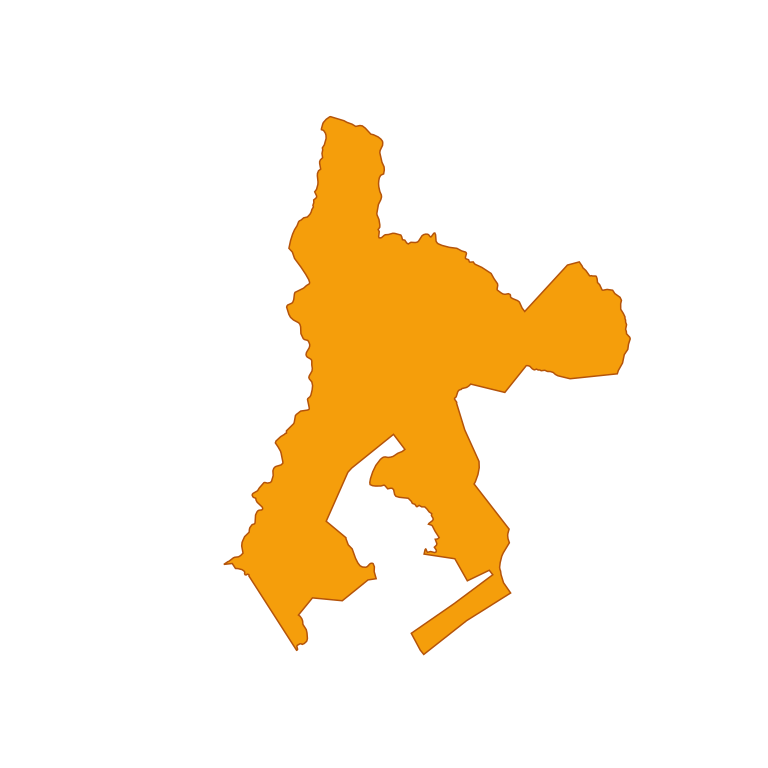 outline of Guarita, Lempira, Honduras, rotated 51°
{"feature_id": "27666195B2541592461056", "entity_name": "Guarita", "entity_type": "district", "adm_level": 2, "iso_a3": "HND", "parent_name": "Honduras", "parent_adm1": "Lempira", "projection": "mercator", "projection_center": [-88.84, 14.202], "detail": "fine", "context": "isolated", "style": "filled", "palette": "amber", "viewbox_px": 768, "rotation_deg": 51, "n_neighbors": 0, "source": "geoboundaries", "source_scale": "gbopen_adm2", "svg_char_len": 6170}
<svg xmlns="http://www.w3.org/2000/svg" viewBox="0 0 768 768"><g transform="rotate(51 384 384)"><path d="M218.7,372.5L223.8,372.2L230.1,374.5L241.2,375.0L249.4,375.8L255.5,376.8L258.1,377.8L258.8,378.4L259.1,379.2L258.7,382.3L258.9,386.2L256.8,395.5L257.6,396.9L261.5,400.9L262.9,403.1L263.2,404.7L262.0,409.2L262.3,410.3L263.0,411.3L270.0,414.1L273.4,414.7L277.2,414.1L282.7,411.8L284.7,411.8L287.1,412.8L292.6,416.9L297.9,418.2L299.3,417.9L302.2,415.8L304.4,416.1L306.4,416.8L307.7,417.8L308.8,419.4L310.7,424.4L312.0,426.0L313.2,426.6L314.7,426.7L318.5,425.3L319.6,425.2L320.9,425.8L323.7,428.1L326.8,429.9L328.6,431.8L330.6,436.9L331.5,438.2L332.9,438.8L337.0,438.8L340.3,440.5L343.4,443.6L346.6,447.8L347.3,449.4L347.4,452.4L347.9,453.2L355.1,456.9L356.3,457.7L356.5,458.5L356.1,459.9L352.6,465.8L352.5,471.2L352.8,472.7L357.4,478.0L358.0,479.3L359.0,489.3L360.8,490.7L360.3,491.9L360.5,492.9L359.9,497.4L360.3,503.7L361.4,505.5L366.2,505.9L371.0,506.7L372.8,507.4L381.0,511.7L381.9,512.5L382.1,514.9L380.1,519.8L379.9,521.2L380.2,522.8L381.6,525.0L385.5,527.8L388.9,532.8L389.0,534.4L387.7,536.9L385.5,538.6L385.1,539.4L386.3,546.3L387.4,549.5L386.6,554.6L386.8,555.6L387.4,556.4L389.1,556.9L390.2,556.7L392.0,555.6L394.0,556.6L396.1,557.0L402.8,556.1L404.1,556.4L404.9,557.2L404.9,558.3L403.4,560.6L403.2,562.0L403.5,563.3L405.0,566.3L410.7,571.5L411.2,572.6L410.3,575.0L410.7,576.7L411.2,578.6L412.1,579.9L414.3,582.1L414.9,588.4L416.7,592.0L417.8,594.0L420.3,596.5L426.7,600.0L427.1,603.2L426.9,604.8L426.7,605.9L424.7,609.1L424.3,610.5L424.2,615.9L423.8,617.2L423.4,622.0L428.0,614.9L433.9,615.5L435.6,613.6L439.0,611.1L441.8,610.4L442.7,610.8L443.8,611.8L444.8,612.0L445.6,611.4L445.9,609.7L447.1,609.0L447.7,609.2L448.2,609.8L535.9,619.5L536.1,618.7L535.7,618.0L533.1,616.9L532.5,615.9L533.0,612.8L533.8,611.9L534.9,611.4L535.5,609.3L535.3,606.1L534.5,604.8L533.5,603.6L529.0,600.5L526.0,599.0L519.8,598.3L517.0,596.4L514.7,595.6L511.6,595.4L509.7,595.9L505.2,574.2L526.2,552.8L526.2,519.7L530.4,512.6L523.6,509.7L520.0,506.5L516.7,505.5L515.7,506.1L515.0,507.3L514.9,508.5L515.4,511.8L515.0,513.4L512.7,515.9L510.1,517.0L506.5,516.9L501.5,515.8L492.1,512.5L486.5,513.0L480.5,511.0L479.5,510.3L454.3,515.3L429.9,467.7L429.0,462.1L429.1,408.3L448.0,408.9L447.9,412.4L446.5,416.9L446.0,422.5L445.0,424.9L443.7,427.0L441.5,428.9L440.7,430.1L440.3,431.5L440.3,434.2L442.1,441.6L445.2,448.1L449.0,454.0L451.6,457.0L453.4,458.1L455.8,456.9L457.9,454.9L461.3,450.6L462.6,447.6L463.8,447.2L467.8,447.1L469.3,444.2L470.4,443.2L472.3,443.1L476.6,445.3L478.8,445.4L481.7,443.4L488.0,437.1L492.3,436.6L494.6,437.1L497.0,435.7L499.7,435.9L500.2,435.4L500.4,433.1L503.2,432.0L505.1,429.7L507.9,429.3L511.8,429.4L514.8,428.5L516.0,429.9L519.3,430.4L520.3,431.1L520.7,432.5L520.6,436.8L520.9,437.7L523.5,436.0L524.5,435.7L530.7,437.0L538.1,437.8L538.1,440.0L536.9,441.9L541.4,443.4L542.3,444.7L542.5,447.6L545.8,447.9L546.8,448.5L547.3,449.4L546.8,450.8L543.5,453.2L542.2,456.1L541.3,456.1L538.8,455.3L538.4,455.5L538.7,456.5L541.4,459.9L564.4,438.9L589.4,443.1L595.0,419.4L600.7,419.5L598.8,467.8L594.9,519.7L613.7,523.3L619.2,523.3L619.9,468.7L626.1,417.1L613.7,416.2L605.8,413.0L602.7,411.1L601.1,410.6L599.2,409.5L596.0,406.2L591.9,400.8L590.3,397.6L586.3,386.5L582.3,385.0L579.6,383.3L578.2,381.9L575.5,378.1L518.4,376.9L517.5,374.6L513.5,368.0L509.0,362.7L504.0,358.9L470.4,350.1L444.6,339.7L444.0,339.0L440.2,338.7L439.5,338.1L439.4,336.0L436.3,331.3L436.0,329.2L436.8,327.4L436.6,326.3L438.5,322.3L438.8,321.0L438.9,318.7L438.6,316.7L466.6,295.4L459.3,262.0L459.5,261.5L460.7,260.3L462.1,259.5L465.6,259.2L467.3,258.5L467.8,258.0L468.4,256.1L470.1,255.4L471.1,254.1L472.6,253.5L474.5,250.4L477.1,249.1L479.1,246.8L481.6,245.2L484.4,244.8L487.0,243.7L497.0,236.1L522.9,196.3L521.0,193.4L517.8,185.4L512.4,178.8L510.5,172.7L507.0,169.0L503.9,164.3L502.4,163.6L497.6,163.9L495.7,162.6L493.5,161.8L490.6,158.2L488.0,157.3L486.3,156.0L484.7,155.5L483.5,154.5L479.8,153.6L474.9,153.0L470.6,149.6L468.4,146.8L465.2,146.0L459.0,147.7L455.0,147.3L450.9,151.1L448.9,154.9L448.1,155.3L442.4,153.9L439.5,154.2L436.2,152.1L433.9,151.3L433.1,151.8L431.5,153.8L430.2,154.8L429.7,155.9L429.1,156.1L422.8,155.7L418.8,156.3L417.1,155.8L412.0,155.4L407.0,166.6L416.2,229.0L412.0,228.9L405.5,227.2L403.3,227.7L398.9,230.1L396.9,230.9L395.9,230.8L394.5,229.8L393.7,229.7L392.1,230.5L390.5,233.5L389.0,234.8L387.4,235.5L382.4,236.8L381.5,236.5L379.0,233.6L377.5,232.7L371.3,232.2L365.5,231.2L354.9,234.6L348.6,237.7L347.4,238.0L345.3,237.8L343.5,240.4L342.9,240.8L340.6,240.1L338.3,241.5L337.6,241.6L336.7,240.9L334.6,237.9L333.7,237.5L332.8,237.6L329.4,239.9L324.4,242.0L318.8,247.3L312.8,251.7L309.0,253.7L307.4,253.9L305.7,253.6L300.5,250.0L298.6,249.5L298.2,250.5L299.2,254.2L299.2,255.1L298.6,255.4L296.1,255.4L295.1,255.8L293.8,257.2L292.9,259.1L292.7,261.1L294.6,266.9L294.8,268.6L293.8,270.6L290.8,273.9L290.4,277.0L288.8,277.6L285.3,277.3L283.5,278.8L280.5,277.5L278.8,277.2L273.8,280.8L272.4,282.3L270.6,286.5L268.8,289.1L268.6,290.2L268.7,293.7L268.2,294.9L267.3,295.8L266.1,295.4L262.5,291.7L260.3,291.4L259.5,288.6L257.7,287.1L253.0,284.4L248.2,283.0L247.0,282.3L241.0,275.4L238.7,270.4L237.1,268.2L235.4,267.1L231.8,266.1L227.4,263.9L224.8,262.1L222.5,259.9L220.8,257.8L219.9,255.7L219.8,254.6L220.5,252.1L217.9,249.1L215.3,247.3L210.3,246.0L201.6,241.7L200.1,240.1L197.6,234.9L195.8,233.2L194.4,232.4L191.7,232.3L188.2,233.1L183.7,235.3L181.5,237.0L173.4,237.5L169.8,238.4L168.0,240.0L166.0,243.9L162.0,245.3L157.4,248.1L154.2,249.4L142.6,257.3L142.2,258.0L141.9,262.3L142.6,266.5L143.3,267.9L146.5,272.3L147.0,272.6L148.2,271.7L149.4,271.4L152.1,271.7L154.1,272.5L156.7,274.4L160.6,279.9L161.7,283.3L163.5,284.3L165.8,287.1L169.5,289.3L169.8,292.4L170.7,294.1L172.1,295.2L177.2,298.0L177.1,300.7L178.5,303.2L180.3,304.8L185.4,308.1L187.3,309.8L190.3,314.0L191.0,316.9L195.4,318.0L196.3,318.7L196.7,320.0L196.7,322.8L198.9,324.4L200.4,326.8L202.0,327.5L203.0,330.2L204.6,332.5L205.5,334.8L206.0,338.4L204.3,341.9L204.4,345.2L204.0,347.2L204.2,348.3L206.3,352.0L207.8,356.4L210.0,360.7L213.7,366.3L218.7,372.5Z" fill="#f59e0b" stroke="#b45309" stroke-width="1.5"/></g></svg>